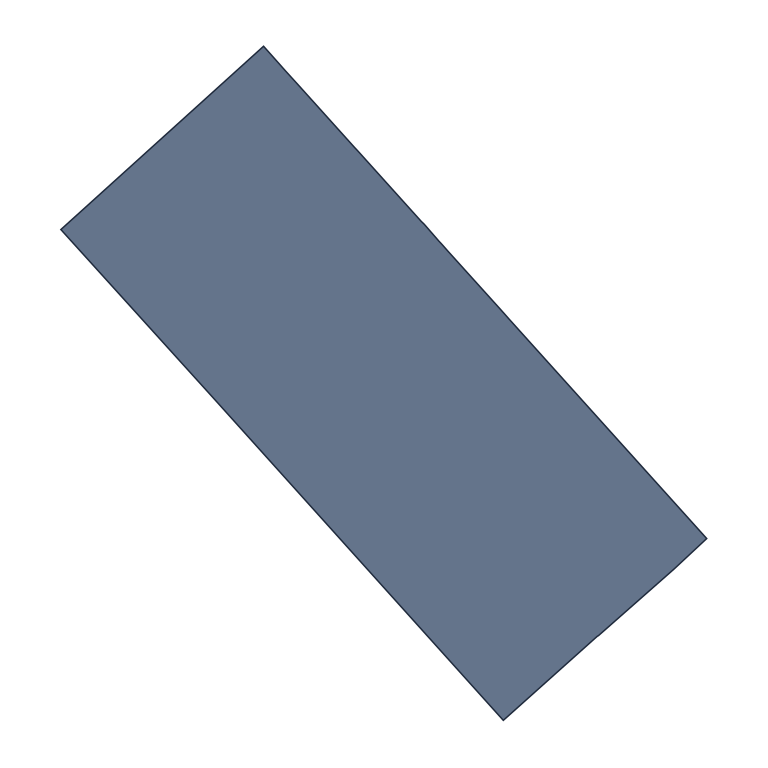 outline of Bowman, North Dakota, United States of America, rotated 228°
{"feature_id": "52423323B51732533466336", "entity_name": "Bowman", "entity_type": "district", "adm_level": 2, "iso_a3": "USA", "parent_name": "United States of America", "parent_adm1": "North Dakota", "projection": "equal_earth", "projection_center": [-103.415, 46.113], "detail": "fine", "context": "isolated", "style": "filled", "palette": "slate", "viewbox_px": 768, "rotation_deg": 228, "n_neighbors": 0, "source": "geoboundaries", "source_scale": "gbopen_adm2", "svg_char_len": 502}
<svg xmlns="http://www.w3.org/2000/svg" viewBox="0 0 768 768"><g transform="rotate(228 384 384)"><path d="M715.0,247.2L485.2,247.8L54.2,247.6L53.8,373.9L53.5,374.8L52.4,475.6L53.2,520.4L291.0,520.4L295.9,520.4L348.7,520.4L360.3,520.5L438.4,520.4L440.0,520.4L449.0,520.5L453.3,520.4L475.9,520.8L479.9,520.5L533.5,520.5L575.0,520.5L579.9,520.4L611.1,520.4L623.9,520.4L651.1,520.4L663.3,520.4L682.7,520.3L696.4,520.4L715.6,520.5L715.0,247.2Z" fill="#64748b" stroke="#1e293b" stroke-width="1.5"/></g></svg>